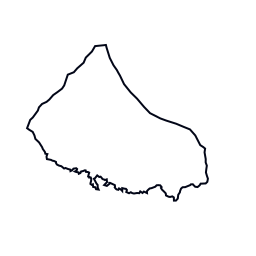 outline of Ora, Larnaca, Cyprus, rotated 202°
{"feature_id": "46923920B82922996247104", "entity_name": "Ora", "entity_type": "district", "adm_level": 2, "iso_a3": "CYP", "parent_name": "Cyprus", "parent_adm1": "Larnaca", "projection": "orthographic", "projection_center": [33.206, 34.856], "detail": "fine", "context": "isolated", "style": "outline", "palette": "ink", "viewbox_px": 256, "rotation_deg": 202, "n_neighbors": 0, "source": "geoboundaries", "source_scale": "gbopen_adm2", "svg_char_len": 2334}
<svg xmlns="http://www.w3.org/2000/svg" viewBox="0 0 256 256"><g transform="rotate(202 128 128)"><path d="M172.1,66.5L171.6,66.9L171.0,67.5L168.4,67.5L165.9,67.8L165.2,66.5L164.0,67.8L163.3,69.9L160.9,71.3L159.8,70.9L159.7,69.3L160.9,67.8L159.7,67.8L157.2,68.3L156.5,67.2L155.3,68.4L155.2,70.1L153.6,71.2L152.3,72.5L151.4,72.8L150.6,71.6L148.5,72.2L147.3,72.1L146.8,68.1L145.5,68.2L145.4,67.6L143.9,68.1L142.8,66.6L142.3,64.6L142.2,63.3L141.9,62.1L140.3,61.7L139.5,62.6L138.2,60.3L136.1,60.8L134.7,59.3L132.2,59.9L133.8,61.5L134.4,62.9L134.9,63.9L135.9,64.4L136.7,64.9L138.2,66.2L140.6,68.2L139.8,69.1L138.8,72.5L136.3,71.8L135.2,72.6L133.7,71.9L132.9,71.3L131.7,71.1L130.7,71.3L129.9,71.1L128.5,72.4L127.2,70.0L128.7,66.2L125.9,66.4L124.1,69.7L124.6,70.2L124.1,70.4L120.7,70.2L118.8,70.1L118.1,68.9L118.1,68.0L116.6,67.1L115.4,66.8L113.8,67.1L113.7,68.6L112.6,68.5L110.8,68.0L109.8,67.5L110.8,70.1L108.7,70.4L107.1,70.8L105.8,70.1L105.6,68.0L102.6,67.9L101.3,69.5L99.8,69.2L97.9,69.5L95.3,71.1L93.1,71.8L92.9,73.8L90.2,73.2L89.5,75.0L86.0,74.8L86.8,76.4L86.3,77.9L85.3,80.0L83.6,81.1L80.7,83.8L80.0,85.6L78.4,86.4L76.6,86.9L74.7,85.8L75.0,84.8L73.4,83.6L70.2,82.3L68.5,81.5L67.5,79.7L64.7,79.5L63.2,79.8L61.3,81.2L59.5,80.8L58.2,77.9L56.4,78.6L55.4,81.2L56.4,84.9L55.8,87.8L56.1,89.1L56.1,91.7L55.2,93.5L52.8,94.6L49.0,98.3L48.6,99.3L46.8,100.1L45.8,99.6L43.7,98.7L41.4,99.3L40.1,101.7L39.8,103.6L38.2,104.3L35.2,105.7L34.3,107.8L34.9,110.9L36.9,113.2L39.1,116.0L39.9,118.9L40.8,122.6L43.1,125.2L44.3,128.3L46.6,132.0L47.9,134.1L48.8,137.8L51.0,138.5L54.6,139.2L62.8,146.3L70.0,149.9L76.9,149.9L84.9,150.0L95.4,149.2L101.6,149.0L113.1,150.0L121.1,153.6L130.6,158.6L138.8,162.0L148.1,167.2L155.1,173.6L157.7,175.6L160.1,177.6L164.9,180.7L171.2,186.2L177.9,194.4L179.6,196.7L189.2,191.6L190.1,185.4L193.5,177.5L193.6,171.9L197.4,164.4L199.1,159.4L203.8,154.9L203.1,143.6L203.9,139.8L206.9,134.8L209.7,130.5L211.6,124.9L213.3,121.7L216.7,118.1L218.3,113.8L218.1,110.4L220.2,102.1L221.7,98.9L221.5,90.0L219.1,89.4L214.9,88.7L212.0,86.1L209.8,83.2L205.0,81.3L200.4,78.0L199.1,76.6L196.1,74.7L195.0,73.2L193.0,73.6L192.9,71.2L192.3,70.0L191.5,68.8L189.6,69.2L187.4,69.6L185.8,69.4L184.4,69.7L182.1,69.6L181.4,68.3L180.2,67.5L178.0,67.3L175.5,67.6L174.2,67.2L172.7,66.7L172.1,66.5Z" fill="none" stroke="#020617" stroke-width="2"/></g></svg>